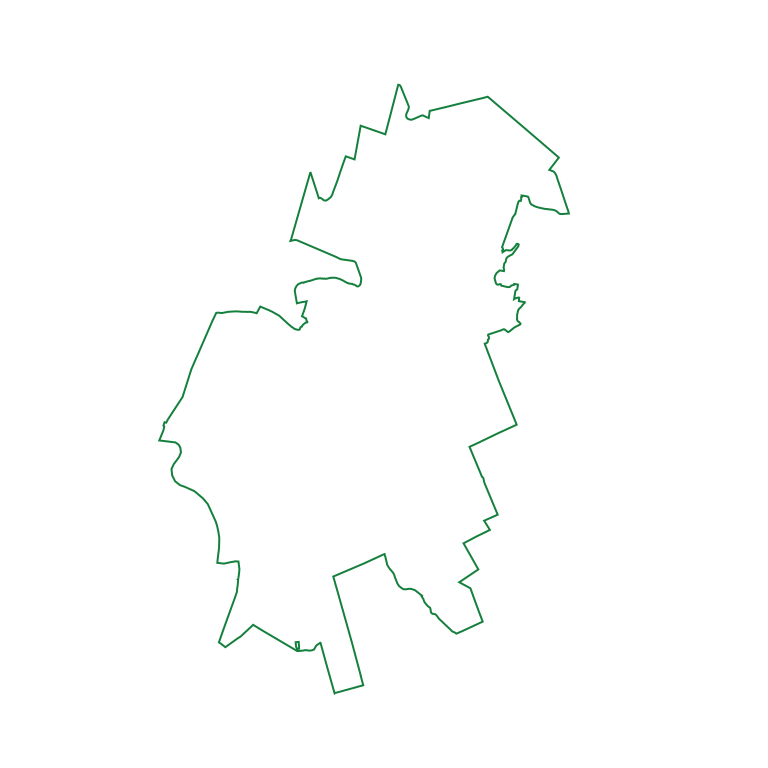 the district of Ciobanu, Constanta, Romania, rotated 253°
{"feature_id": "2599482B30687674073504", "entity_name": "Ciobanu", "entity_type": "district", "adm_level": 2, "iso_a3": "ROU", "parent_name": "Romania", "parent_adm1": "Constanta", "projection": "equal_earth", "projection_center": [28.044, 44.709], "detail": "fine", "context": "isolated", "style": "outline", "palette": "green", "viewbox_px": 768, "rotation_deg": 253, "n_neighbors": 0, "source": "geoboundaries", "source_scale": "gbopen_adm2", "svg_char_len": 6082}
<svg xmlns="http://www.w3.org/2000/svg" viewBox="0 0 768 768"><g transform="rotate(253 384 384)"><path d="M261.7,172.3L259.0,178.5L258.4,185.8L257.9,189.1L258.0,189.7L256.8,192.9L249.2,191.6L245.0,189.9L239.9,187.5L239.8,187.1L239.5,187.3L234.2,185.2L230.9,183.6L229.0,182.9L228.0,182.4L222.2,178.2L212.5,170.9L196.1,158.6L185.2,150.6L183.2,152.2L178.7,155.3L183.6,169.9L184.4,173.0L187.0,178.3L191.1,186.8L192.0,188.4L184.6,194.9L157.0,220.2L154.1,222.8L153.8,223.6L154.0,223.8L154.4,223.5L155.1,223.3L156.2,223.4L158.5,223.1L162.9,224.0L162.3,227.0L155.8,225.5L156.2,223.6L155.0,223.5L154.6,223.6L153.9,224.0L153.7,224.0L152.7,228.8L152.6,230.1L152.3,231.6L151.0,234.2L150.6,235.8L150.4,237.2L150.5,239.4L153.6,242.7L153.8,243.1L155.2,247.4L155.0,247.6L130.4,246.9L102.6,246.3L102.8,246.8L102.0,276.1L111.5,276.4L111.5,276.5L145.1,277.7L198.7,278.9L214.7,279.2L216.2,293.2L218.3,312.9L221.2,334.2L221.2,334.8L217.3,334.7L209.9,334.2L208.3,334.7L207.5,334.8L205.5,335.5L202.6,336.8L201.0,337.4L199.2,337.9L198.2,338.0L196.4,337.9L189.3,338.5L186.4,339.3L183.0,341.7L182.2,342.6L181.6,343.6L181.1,346.0L180.9,347.5L180.5,349.2L179.7,350.7L177.7,353.4L170.3,358.5L169.9,357.9L166.6,358.8L164.3,358.8L163.1,359.1L159.4,360.6L157.6,361.8L157.0,362.3L156.5,362.6L155.7,362.7L152.7,362.3L151.7,362.2L150.8,362.6L150.1,363.2L149.5,364.5L148.7,365.8L148.1,366.2L146.5,366.9L143.3,368.0L139.6,370.2L136.8,371.7L130.2,375.5L127.7,376.8L127.2,377.2L126.0,378.7L124.1,380.3L124.7,385.6L124.7,385.8L127.9,408.9L142.0,408.0L163.4,406.9L172.4,398.0L179.1,420.0L208.4,413.5L211.2,428.2L213.5,442.6L224.0,439.8L225.8,454.5L260.3,451.1L264.9,451.5L266.2,450.9L266.5,450.6L298.9,447.4L299.9,454.9L303.4,477.5L306.3,499.0L353.6,494.7L393.1,492.1L393.2,494.3L394.1,495.7L395.6,496.1L396.1,496.5L396.2,497.2L398.0,498.1L399.9,497.7L400.8,498.1L401.1,511.9L401.4,514.2L401.2,514.9L400.5,515.6L397.7,517.5L397.3,518.2L397.8,519.9L400.0,525.3L401.0,531.2L401.2,531.7L401.6,532.2L401.9,532.2L403.7,531.3L404.9,530.4L405.6,530.2L406.3,530.1L407.1,530.1L408.8,530.8L411.5,531.6L412.2,532.1L415.1,533.7L416.6,535.4L417.2,537.0L418.2,538.5L419.2,539.8L420.3,541.9L420.9,542.6L421.1,542.6L421.4,541.9L423.8,537.2L427.0,538.5L427.4,537.7L427.5,534.6L427.1,533.2L434.8,537.0L435.6,539.1L439.9,541.2L441.6,537.8L440.9,537.5L440.9,534.5L440.0,532.5L440.5,530.6L443.7,525.0L445.1,524.9L445.6,524.2L445.6,522.1L446.3,521.0L447.6,520.5L452.7,520.6L455.0,521.8L457.2,524.1L458.8,527.9L456.9,531.7L458.5,532.4L460.2,532.3L464.1,534.3L465.3,536.1L467.7,537.3L468.8,538.3L469.6,540.0L470.5,544.7L476.4,552.7L478.1,553.6L479.2,552.4L479.2,551.8L478.9,551.4L478.3,551.0L475.9,547.5L475.8,546.6L475.0,545.8L474.7,543.9L476.4,539.7L475.3,535.9L477.1,536.1L477.0,537.1L479.1,537.3L480.3,536.9L505.7,555.8L507.9,558.7L507.9,559.1L516.7,564.3L519.0,565.9L519.7,567.1L519.1,568.3L520.4,569.2L522.6,569.8L522.5,570.5L523.0,570.8L524.0,570.8L522.9,573.1L521.2,576.3L520.8,576.5L519.8,576.7L515.8,576.7L514.3,576.8L513.0,577.2L512.5,577.5L511.2,578.8L509.7,580.4L508.8,581.6L507.8,583.0L506.9,584.6L504.8,588.3L501.6,595.6L500.9,597.0L500.1,598.2L499.3,599.0L498.6,599.6L497.4,600.4L496.2,601.1L495.4,601.7L495.2,602.1L494.6,603.6L494.2,605.1L493.0,610.6L493.9,610.5L494.2,610.6L494.6,610.8L496.0,610.8L496.9,610.7L498.7,610.6L520.6,610.1L528.7,609.8L532.8,609.8L533.8,609.7L535.7,609.2L537.1,608.6L537.9,608.0L538.6,607.0L539.4,606.0L540.4,604.7L540.6,605.0L549.4,617.4L583.4,595.9L628.4,567.2L628.6,561.4L629.3,550.4L630.0,538.6L630.6,527.0L631.8,507.6L625.2,504.5L629.4,499.8L629.7,499.1L629.7,497.9L628.9,491.4L628.6,487.9L628.9,487.0L629.7,485.4L630.8,484.2L631.7,483.6L632.2,483.5L633.9,483.5L635.4,484.1L637.0,485.4L639.1,487.3L640.9,488.5L642.4,488.9L662.4,487.1L664.8,486.7L665.5,486.1L666.0,485.1L622.4,458.3L637.8,437.2L607.4,421.5L612.9,414.0L604.6,407.8L601.8,405.8L598.8,403.6L592.1,398.9L583.3,392.1L580.4,390.0L579.0,388.6L578.3,387.8L577.3,385.5L576.8,384.1L576.4,382.2L576.5,381.5L576.8,381.0L577.2,380.4L577.6,379.9L579.3,378.8L580.7,377.5L580.8,377.3L580.8,376.7L580.7,376.0L607.4,375.6L607.4,375.1L548.6,336.9L548.6,336.6L548.2,336.3L547.9,340.1L547.8,340.9L547.5,341.7L546.7,343.1L519.8,375.0L517.5,377.5L516.6,378.3L516.0,379.1L511.3,389.1L510.4,390.8L509.8,391.6L508.9,392.2L508.1,392.5L504.1,392.7L492.4,393.2L491.8,393.1L490.6,392.7L487.1,391.2L486.9,390.9L486.0,390.3L485.6,389.9L485.1,388.6L484.9,387.8L485.2,386.8L486.8,385.6L487.7,384.6L488.3,383.5L488.7,383.1L489.2,382.8L489.3,382.1L489.7,381.3L490.3,379.9L490.5,379.5L491.2,379.0L491.4,378.4L492.6,377.2L494.9,375.1L497.4,372.3L499.2,369.6L499.8,368.5L501.0,364.9L500.9,364.5L501.1,363.7L501.3,363.4L501.4,360.2L501.8,358.6L502.3,357.7L502.3,357.0L502.8,356.3L503.0,355.3L503.8,353.7L504.1,351.3L504.5,350.6L504.3,349.8L504.4,348.1L504.3,345.9L504.3,343.8L504.5,341.5L504.5,339.9L504.6,337.6L504.4,337.2L504.3,336.6L504.8,336.1L505.0,334.9L504.5,331.0L503.2,328.9L501.4,327.1L499.2,325.9L486.6,324.3L486.5,326.6L486.2,330.1L485.7,332.9L485.7,334.2L479.2,330.2L472.7,325.4L471.8,326.4L469.7,328.1L469.5,328.6L467.8,328.5L466.2,328.6L465.6,328.9L465.4,328.7L465.5,328.0L465.5,326.8L464.6,324.4L464.1,323.5L463.6,322.8L462.9,322.3L462.8,321.0L462.5,320.6L461.7,319.9L460.7,319.2L460.8,317.9L461.9,315.9L463.0,314.4L464.1,313.7L465.7,312.3L468.5,310.5L476.4,305.8L479.9,303.8L486.2,297.8L488.3,295.4L494.2,288.3L488.9,282.9L490.0,281.2L491.7,278.1L492.4,276.6L492.6,275.3L493.5,272.8L494.4,269.9L494.9,268.5L495.8,266.4L496.8,263.4L497.3,261.5L498.6,256.0L498.8,253.9L499.2,250.3L499.4,249.3L500.5,246.8L500.7,246.2L501.1,244.5L501.0,244.3L495.5,239.3L495.5,239.2L466.3,214.3L461.3,209.9L455.6,205.1L454.5,204.1L430.5,187.6L417.0,171.4L413.3,167.0L410.7,164.4L411.6,163.0L408.7,160.9L408.0,161.3L407.4,161.4L403.8,159.2L395.7,152.6L389.1,167.5L385.8,170.0L382.5,170.6L377.9,169.8L374.0,166.6L368.9,159.6L364.8,155.9L358.5,154.7L352.1,155.8L350.1,157.1L346.9,159.4L343.7,163.7L336.9,171.4L327.6,177.4L320.6,180.4L301.4,182.9L296.9,182.9L291.1,182.4L285.0,181.5L275.4,178.3L266.0,174.1L261.7,172.3Z" fill="none" stroke="#15803d" stroke-width="2"/></g></svg>